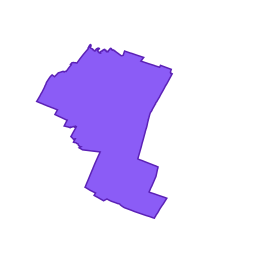 Tatarastii De Jos, Teleorman, Romania (Equal Earth projection), rotated 149°
{"feature_id": "2599482B17440364011234", "entity_name": "Tatarastii De Jos", "entity_type": "district", "adm_level": 2, "iso_a3": "ROU", "parent_name": "Romania", "parent_adm1": "Teleorman", "projection": "equal_earth", "projection_center": [25.181, 44.381], "detail": "fine", "context": "isolated", "style": "filled", "palette": "violet", "viewbox_px": 256, "rotation_deg": 149, "n_neighbors": 0, "source": "geoboundaries", "source_scale": "gbopen_adm2", "svg_char_len": 5515}
<svg xmlns="http://www.w3.org/2000/svg" viewBox="0 0 256 256"><g transform="rotate(149 128 128)"><path d="M192.6,197.8L190.2,194.5L188.8,192.7L187.8,191.2L186.9,190.1L185.7,188.4L183.9,186.2L183.3,185.3L182.2,184.0L179.8,180.8L179.1,179.9L183.7,177.2L183.1,176.3L181.2,173.4L180.4,172.3L178.2,169.0L177.2,167.5L176.7,166.7L176.1,166.1L181.7,162.6L178.4,159.3L177.4,158.0L177.1,158.2L176.7,158.3L176.6,158.1L176.4,158.1L176.3,157.9L176.2,157.8L175.3,157.6L174.4,157.5L174.1,157.4L173.8,157.1L173.7,157.0L173.7,156.8L173.7,156.6L173.4,156.2L172.3,156.8L171.6,155.8L172.8,155.0L173.1,154.8L178.4,151.8L180.3,150.6L180.6,150.4L181.1,150.3L181.4,150.1L180.7,147.5L180.6,146.5L180.5,146.2L179.6,146.2L179.2,146.1L178.8,145.9L181.7,144.2L182.1,143.9L181.9,143.7L181.5,143.3L181.3,143.1L181.2,143.0L181.0,142.8L180.2,142.2L180.0,141.6L179.9,141.2L179.7,140.8L179.3,140.6L179.1,140.3L179.1,140.0L179.1,139.7L179.3,139.3L179.4,139.1L179.4,138.8L179.3,138.5L179.0,137.9L179.1,137.7L179.2,137.4L179.2,137.2L178.8,136.8L178.5,136.6L178.1,136.3L178.0,136.2L180.1,136.2L178.5,133.2L178.2,132.7L164.2,121.8L165.0,121.3L165.1,121.1L165.3,121.0L167.0,119.9L174.5,114.7L178.7,111.6L179.5,110.9L179.8,110.8L179.9,110.6L180.6,110.2L189.2,103.8L192.0,101.8L193.7,100.5L195.0,99.5L195.3,99.4L194.3,97.5L192.5,94.0L191.7,92.8L189.3,89.0L191.8,87.7L190.6,85.6L189.8,84.3L186.4,78.2L182.6,78.0L181.5,76.1L180.0,73.8L177.1,70.3L175.4,68.1L174.9,68.0L174.3,67.1L174.2,66.7L174.2,66.2L174.0,65.6L173.5,64.3L172.5,62.2L171.8,61.1L171.2,60.4L167.2,55.4L165.4,53.0L160.1,46.7L157.6,43.7L156.4,42.4L156.2,42.2L155.2,41.1L153.9,39.5L152.6,37.9L151.8,37.1L151.5,37.3L150.8,37.8L150.0,38.1L148.8,38.9L147.2,39.6L146.1,40.1L142.1,42.4L138.3,44.2L136.8,44.8L134.1,46.2L130.9,47.8L132.3,49.6L133.5,51.0L136.9,55.0L139.1,57.7L141.9,60.9L142.9,62.0L142.9,62.3L142.7,62.5L141.3,63.4L139.3,64.9L137.5,66.0L130.1,71.3L129.2,71.9L128.5,72.6L126.7,74.5L124.1,77.3L123.0,78.3L122.9,78.5L122.5,78.9L122.3,79.2L123.1,80.2L123.6,81.0L123.9,81.4L124.9,82.6L126.4,84.6L127.2,85.6L130.9,90.4L132.6,92.7L134.1,94.5L134.6,95.1L135.5,96.5L126.3,105.1L123.5,107.9L121.2,110.0L117.4,113.7L115.7,115.3L115.5,115.5L115.4,115.7L114.6,116.5L114.4,116.6L113.2,117.8L112.9,117.9L111.3,119.4L109.1,121.7L109.0,121.9L106.8,124.1L106.7,124.2L106.3,124.6L106.3,124.8L106.2,125.0L105.8,125.1L102.2,128.6L101.6,129.1L100.9,129.6L100.5,129.9L99.7,130.1L99.4,130.3L98.5,130.7L98.4,130.9L97.5,131.5L95.7,132.5L93.8,133.6L93.2,133.9L92.4,134.5L91.9,134.5L91.6,134.9L91.5,135.1L91.3,135.3L90.6,135.6L90.2,135.6L89.4,136.0L89.2,136.1L88.4,136.6L85.0,138.4L83.8,139.2L82.6,139.9L78.5,142.2L77.5,142.8L76.3,143.5L75.0,144.3L74.9,144.4L73.8,145.1L73.7,145.0L71.8,146.0L62.2,151.7L62.5,152.2L63.1,152.0L63.2,152.5L63.3,152.9L63.1,153.2L63.0,153.7L62.7,153.9L62.7,154.0L62.8,154.1L60.7,156.0L64.0,160.1L64.8,161.1L67.9,165.0L69.1,164.1L69.6,163.8L72.8,167.4L73.3,168.1L74.0,168.9L77.3,172.6L82.5,178.7L78.2,180.4L83.6,186.7L84.0,187.2L84.6,187.9L86.5,190.2L87.0,190.6L91.3,195.7L92.7,194.5L92.9,194.4L93.4,193.9L94.7,192.8L94.8,192.8L95.0,192.8L96.3,193.3L96.5,193.4L96.7,193.6L96.9,194.0L97.1,194.8L97.5,195.6L98.1,197.2L98.4,197.7L98.6,198.3L98.7,198.5L99.0,199.3L99.4,200.1L99.5,200.8L100.0,201.1L100.0,201.5L100.0,201.8L100.1,202.2L100.2,202.3L100.3,202.3L100.6,202.6L101.3,202.7L101.5,203.2L101.3,203.4L101.3,203.5L101.5,203.8L101.5,204.0L101.4,204.3L101.6,204.5L101.5,204.8L101.6,205.0L102.0,205.3L102.6,205.2L103.2,204.8L103.5,204.8L103.6,204.6L104.1,204.6L104.3,204.5L104.8,204.4L105.0,204.4L105.3,204.4L105.4,204.1L105.9,204.0L105.9,203.9L106.2,204.1L106.4,204.1L106.7,204.0L107.0,204.3L107.2,204.6L107.3,204.8L107.0,205.2L107.1,205.6L106.9,206.0L107.1,206.3L107.5,206.5L107.5,206.9L107.5,207.0L107.8,206.9L107.9,207.0L107.7,207.3L107.7,207.5L107.9,207.6L108.2,207.6L108.5,207.7L108.8,207.7L109.0,207.6L109.3,207.5L109.7,207.7L110.1,207.6L110.3,207.3L110.8,207.5L111.0,207.6L111.3,207.7L112.0,207.4L112.4,207.1L112.5,207.2L112.6,207.4L113.1,206.9L113.1,206.4L113.3,206.5L113.5,206.7L114.0,207.3L114.0,207.6L113.9,207.8L114.0,208.0L114.3,208.7L114.3,208.9L114.3,209.0L114.2,209.1L114.2,209.6L114.2,209.9L114.0,210.1L113.9,210.3L113.6,210.3L113.2,210.2L113.0,210.3L112.9,210.5L113.0,210.8L112.9,210.8L112.6,210.6L112.4,210.6L112.1,210.7L111.7,210.7L111.6,210.9L111.8,211.2L112.1,211.3L112.1,211.6L112.7,211.9L113.1,212.0L113.5,211.9L113.8,212.0L114.4,212.0L114.7,211.9L115.1,211.8L115.6,211.5L115.7,211.3L115.8,211.2L115.7,211.1L115.9,211.0L116.0,211.0L116.5,211.0L116.9,211.2L117.2,211.6L117.1,212.0L117.2,212.3L117.3,212.4L117.5,212.8L117.5,213.2L117.8,213.3L117.8,213.5L117.7,213.7L117.7,214.0L118.0,214.5L118.5,215.1L118.6,215.3L118.7,215.7L118.9,216.3L118.9,216.5L118.4,216.9L118.2,217.0L117.6,217.2L117.3,217.5L117.0,218.6L117.1,218.8L117.3,218.9L117.5,218.9L118.1,218.7L118.6,218.4L119.0,218.2L119.3,218.2L119.8,217.8L120.2,217.4L120.3,217.3L120.9,217.2L121.1,217.1L121.2,216.9L121.2,216.5L121.4,216.4L122.0,216.2L124.1,215.5L128.5,214.0L133.7,212.0L136.2,210.9L138.4,210.0L139.5,211.1L140.6,211.8L141.1,212.3L141.3,212.3L141.9,212.6L142.5,212.8L143.6,212.4L144.5,212.2L144.4,212.0L144.1,211.4L148.2,209.9L148.6,209.7L151.9,208.3L152.5,208.9L153.9,208.9L154.4,210.0L157.6,210.7L159.3,211.2L159.7,211.1L164.5,209.8L165.2,211.3L165.7,212.6L167.6,212.2L168.7,211.8L171.1,210.7L174.2,209.2L175.4,208.3L175.6,208.0L175.8,207.8L177.1,207.1L178.8,205.8L182.1,203.7L183.2,203.0L185.0,202.1L186.7,201.0L189.8,199.3L192.6,197.8Z" fill="#8b5cf6" stroke="#5b21b6" stroke-width="1.5"/></g></svg>